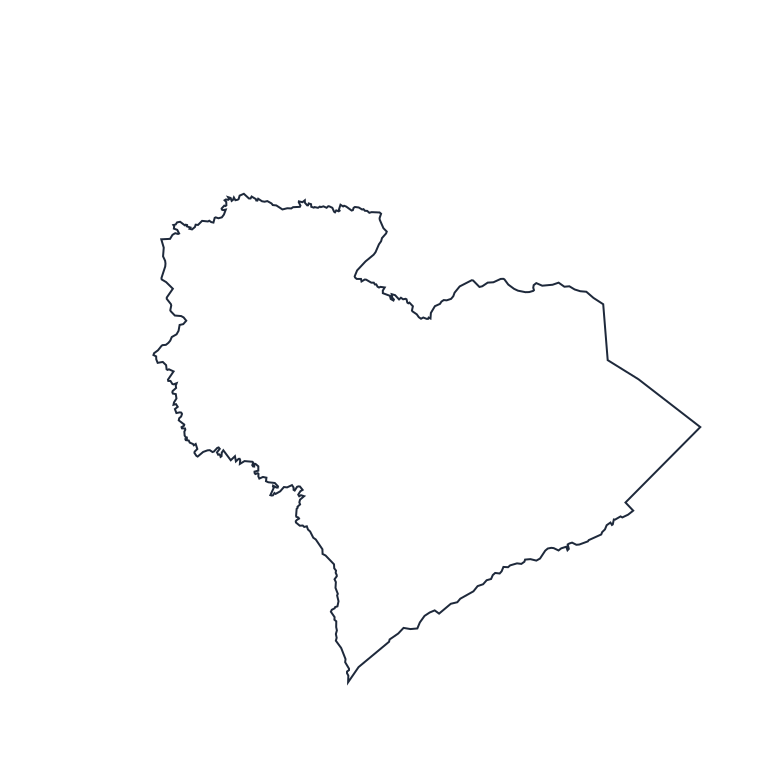 the district of Mwingi West, Eastern, Kenya, rotated 320°
{"feature_id": "3690345B22198940380299", "entity_name": "Mwingi West", "entity_type": "district", "adm_level": 2, "iso_a3": "KEN", "parent_name": "Kenya", "parent_adm1": "Eastern", "projection": "albers", "projection_center": [37.946, -0.954], "detail": "fine", "context": "isolated", "style": "outline", "palette": "slate", "viewbox_px": 768, "rotation_deg": 320, "n_neighbors": 0, "source": "geoboundaries", "source_scale": "gbopen_adm2", "svg_char_len": 6166}
<svg xmlns="http://www.w3.org/2000/svg" viewBox="0 0 768 768"><g transform="rotate(320 384 384)"><path d="M226.0,213.6L227.2,216.4L225.4,218.7L224.2,222.3L228.7,224.9L229.2,229.5L226.9,233.0L227.3,234.1L228.7,234.5L230.9,239.1L221.3,241.8L220.7,243.0L222.4,244.4L221.9,248.0L222.6,249.0L225.7,250.1L223.4,251.4L222.2,253.4L217.7,253.5L216.6,254.2L216.1,255.6L218.0,257.9L215.7,261.7L211.3,263.1L209.4,264.6L211.7,265.7L211.3,268.9L207.7,268.8L206.3,272.8L209.4,274.5L210.3,275.6L210.0,277.1L207.7,278.5L205.1,278.6L203.4,279.9L204.9,286.7L204.0,287.4L201.2,286.9L200.7,288.1L203.0,290.2L202.4,291.3L200.4,292.2L198.1,295.4L197.9,297.2L198.6,298.2L197.9,299.1L196.4,298.6L196.1,299.6L198.1,301.8L197.5,304.0L199.1,307.2L198.9,308.7L201.2,308.9L199.2,313.8L195.5,314.1L194.5,314.9L194.1,318.4L194.6,319.8L201.8,319.8L206.2,321.4L208.0,322.7L208.9,325.9L210.3,326.4L215.2,325.8L216.5,326.3L216.5,328.1L212.1,329.0L211.5,331.6L212.6,332.1L212.6,333.5L212.0,334.8L213.1,334.9L215.6,332.3L218.3,331.5L217.6,343.9L223.4,343.5L220.8,348.1L224.5,347.9L225.3,348.5L224.9,349.9L222.2,352.6L227.6,353.4L233.2,359.0L233.3,360.1L230.9,361.5L230.7,363.0L231.5,363.8L233.3,361.9L234.2,362.6L234.8,366.3L232.0,369.6L228.5,367.9L227.7,368.9L227.6,370.3L230.0,371.2L230.1,372.2L228.4,373.9L227.7,376.3L231.5,377.4L233.7,380.2L231.1,382.6L232.2,384.9L236.7,389.6L237.0,394.3L236.0,395.0L235.0,394.1L233.7,390.6L233.0,391.2L233.0,392.6L225.5,396.1L226.3,397.3L227.4,397.9L230.0,397.1L230.3,398.5L235.5,399.5L241.1,398.6L243.3,400.9L248.5,402.3L248.2,405.1L246.7,407.0L247.1,408.2L251.3,406.9L252.6,407.4L253.7,408.5L253.6,412.8L251.0,412.4L247.2,413.6L246.9,415.5L248.9,415.8L250.7,418.6L245.4,418.6L243.1,420.2L242.3,422.3L238.9,422.4L238.3,423.3L236.8,423.5L231.9,428.5L231.5,429.4L232.6,431.3L232.4,432.5L229.6,432.1L228.2,432.4L227.5,433.5L228.4,438.4L230.8,440.2L231.0,442.2L233.4,443.4L232.2,446.6L232.6,449.5L231.0,456.3L231.8,459.2L230.6,471.0L227.7,474.7L229.0,477.8L229.8,490.0L227.4,493.2L227.3,496.1L225.6,497.6L225.0,499.9L224.3,500.9L220.6,501.8L219.8,504.8L215.8,509.0L213.7,515.1L212.2,515.8L209.5,521.2L205.4,524.4L203.2,523.5L202.0,524.1L198.9,523.4L196.9,524.3L196.3,530.8L194.5,532.7L194.9,535.1L191.1,539.5L189.5,542.5L186.4,544.6L184.6,548.0L182.1,549.7L181.5,558.7L177.7,570.0L175.4,572.2L174.2,579.6L173.2,580.7L170.9,580.5L169.8,581.7L169.2,584.5L164.8,589.4L182.6,584.5L220.3,584.7L222.2,584.7L224.1,583.3L234.5,584.3L242.2,583.4L246.7,588.7L252.4,592.7L258.2,589.7L266.0,587.7L272.1,588.4L277.3,590.0L278.6,595.3L293.9,595.3L299.9,598.3L304.4,597.5L319.2,600.3L325.8,599.0L331.2,601.1L336.5,600.3L340.7,602.2L344.5,600.3L347.7,600.2L350.8,603.5L353.7,603.1L357.9,600.9L361.3,604.1L364.0,604.0L370.6,606.9L373.6,610.1L377.3,610.4L379.2,609.2L383.6,612.3L387.2,617.2L391.3,618.0L400.4,615.3L403.7,615.3L406.8,617.0L408.5,618.8L410.7,623.7L414.1,623.8L419.0,625.8L417.7,629.3L419.6,629.1L421.6,625.0L423.4,625.3L426.1,626.4L428.0,630.8L430.4,632.5L439.0,635.6L440.5,635.2L453.7,638.9L455.9,637.7L459.8,637.4L463.8,635.3L468.4,635.7L468.0,638.5L469.0,638.6L473.0,635.5L473.8,636.4L480.1,637.5L480.8,639.4L487.0,641.0L493.5,641.2L492.8,630.0L598.6,620.3L582.0,544.0L570.7,509.5L603.2,463.8L599.8,452.7L598.3,443.4L594.0,439.1L590.8,434.1L588.8,428.3L584.7,425.4L582.9,418.6L576.9,416.3L568.4,410.4L565.5,404.6L562.2,404.5L560.2,406.2L559.2,408.5L558.2,408.6L554.3,406.9L551.4,404.6L546.6,398.6L544.8,394.7L543.1,387.7L543.5,381.2L543.0,380.1L540.9,378.5L533.2,376.4L528.6,373.0L522.1,372.3L519.5,371.0L518.8,362.0L517.9,360.9L504.7,357.9L496.8,359.4L493.5,361.3L490.1,361.9L485.8,360.2L483.7,358.1L480.9,357.8L478.4,358.6L473.0,357.1L465.6,359.7L461.7,363.7L460.9,361.8L459.6,362.4L458.6,361.6L456.8,358.3L454.3,357.8L453.6,355.2L453.9,351.7L452.5,346.7L452.6,345.7L456.1,343.0L455.8,338.0L454.5,337.8L454.2,336.6L455.7,333.6L455.3,332.6L453.1,331.4L452.4,328.8L449.9,328.9L449.6,323.1L447.6,320.1L445.8,323.2L445.9,325.6L444.9,326.1L443.8,323.2L445.2,320.2L441.5,313.7L443.1,311.7L446.6,310.5L443.7,307.3L442.2,306.9L441.6,305.3L442.1,302.7L441.0,301.9L441.3,299.8L439.4,298.2L437.4,292.6L436.4,291.6L432.7,291.0L433.9,288.7L430.6,285.9L430.3,283.8L430.7,282.7L436.4,279.7L448.7,278.2L459.1,278.3L462.2,277.6L470.0,273.7L473.5,272.8L476.3,270.9L482.4,270.0L484.1,269.0L483.7,264.3L486.3,255.5L487.2,254.1L491.2,251.7L490.9,249.8L485.0,244.4L482.8,243.4L482.4,240.6L480.7,239.0L480.7,236.9L479.4,236.3L478.1,232.5L475.5,229.7L474.0,229.5L471.9,230.8L470.7,230.3L469.1,223.8L468.0,221.8L466.8,221.7L465.9,218.7L461.6,221.4L461.4,222.7L460.3,222.6L459.0,220.3L456.8,221.0L456.5,219.9L457.7,215.8L456.3,212.8L455.6,212.0L453.3,212.1L451.8,209.0L449.3,207.9L448.9,206.9L446.7,206.6L444.5,203.8L443.6,203.8L442.2,201.5L443.7,199.4L442.4,197.3L440.7,198.3L440.0,197.8L439.9,194.3L441.4,192.4L438.4,192.3L436.2,189.4L435.5,190.0L434.7,193.6L433.4,194.2L428.0,190.1L425.8,189.9L422.9,187.2L418.4,185.0L416.3,178.0L413.8,175.4L413.9,173.4L412.2,168.9L409.7,167.6L408.0,165.6L406.7,161.2L404.9,162.1L404.1,161.3L404.7,160.0L403.1,155.3L401.0,156.1L399.8,155.1L398.9,148.2L394.5,146.9L391.5,148.9L390.4,148.8L388.3,147.7L388.9,144.6L386.5,145.9L385.0,145.8L386.1,142.9L384.7,140.7L384.4,142.8L383.1,142.8L381.5,141.0L380.0,140.8L380.2,143.1L378.1,145.8L377.0,145.8L376.3,144.7L372.4,145.2L371.9,146.2L372.5,147.4L374.9,148.7L370.3,151.3L366.9,152.1L363.7,150.6L362.2,148.2L361.1,147.9L357.1,150.7L355.7,148.9L355.1,146.6L353.6,146.3L349.5,142.1L343.8,142.6L342.1,140.9L340.1,142.2L336.3,142.2L334.8,140.1L336.3,139.7L334.3,136.5L335.3,135.6L334.5,134.5L333.4,134.4L332.1,128.7L329.4,127.2L326.9,127.9L324.8,126.8L324.6,128.4L322.9,129.9L324.7,133.0L323.8,137.0L322.7,136.7L321.0,134.3L319.5,134.0L317.8,133.8L313.4,135.3L306.4,130.0L302.9,138.0L296.8,144.2L295.5,149.0L294.0,151.3L292.0,153.3L281.6,159.8L280.9,161.0L282.6,165.9L283.5,175.3L273.2,178.1L272.3,179.1L272.1,185.8L271.5,187.1L267.7,190.1L267.4,191.2L267.8,197.1L272.3,201.6L273.3,204.2L273.2,208.4L268.7,209.1L265.4,207.4L260.8,211.2L257.0,212.6L251.6,211.6L248.1,213.4L245.3,213.9L242.1,213.8L239.2,211.8L237.9,211.8L232.5,212.9L227.7,212.6L226.0,213.6Z" fill="none" stroke="#1e293b" stroke-width="2"/></g></svg>